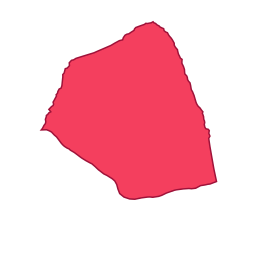 Alto Paraíso, Paraná, Brazil, rotated 244°
{"feature_id": "56859067B45713063177583", "entity_name": "Alto Paraíso", "entity_type": "district", "adm_level": 2, "iso_a3": "BRA", "parent_name": "Brazil", "parent_adm1": "Paraná", "projection": "orthographic", "projection_center": [-53.797, -23.516], "detail": "fine", "context": "isolated", "style": "filled", "palette": "rose", "viewbox_px": 256, "rotation_deg": 244, "n_neighbors": 0, "source": "geoboundaries", "source_scale": "gbopen_adm2", "svg_char_len": 2239}
<svg xmlns="http://www.w3.org/2000/svg" viewBox="0 0 256 256"><g transform="rotate(244 128 128)"><path d="M170.2,205.8L171.9,205.7L173.7,206.0L175.5,206.4L176.8,206.8L178.5,206.3L180.6,205.9L182.2,205.9L184.0,206.7L186.1,206.6L187.8,206.5L189.9,206.2L191.7,205.7L193.4,205.3L196.4,205.2L197.7,204.0L199.6,203.1L201.7,203.6L202.8,202.6L204.7,201.1L206.1,200.7L207.8,199.4L209.9,198.6L211.2,197.4L212.5,197.1L212.4,194.9L213.0,192.8L213.4,191.3L214.3,189.8L213.9,188.3L214.5,183.3L214.9,179.0L214.2,177.3L213.1,176.2L212.7,172.6L212.3,170.0L212.8,168.2L212.7,166.0L211.3,163.5L209.6,161.8L210.3,158.5L210.1,153.7L209.7,148.9L210.2,137.8L210.4,134.0L210.5,130.4L212.3,119.0L213.4,111.7L213.1,109.0L213.6,106.9L212.4,103.8L209.7,102.7L208.5,99.7L208.8,97.6L205.4,94.7L204.6,92.8L202.4,91.8L200.9,90.8L199.1,89.7L196.7,88.2L195.1,87.2L193.2,85.4L193.2,83.2L191.6,81.0L190.1,79.8L189.4,78.0L188.1,77.7L186.6,75.6L185.2,73.7L184.1,72.0L182.1,71.6L181.0,70.5L180.8,68.7L179.4,65.0L177.9,65.4L176.4,65.7L176.3,63.5L175.4,61.8L175.1,60.2L173.7,59.3L172.1,57.6L169.6,56.8L168.2,55.7L167.2,53.7L165.1,50.9L164.3,49.2L162.1,54.1L160.0,56.0L157.9,57.5L154.0,58.7L151.3,59.9L143.4,61.4L141.1,62.1L139.4,62.8L136.6,64.5L135.1,65.8L133.3,66.5L129.7,68.9L122.5,72.6L121.2,73.3L117.2,75.8L113.0,78.8L111.6,79.9L109.9,80.6L108.3,81.3L103.5,83.1L97.4,86.1L94.6,88.3L89.3,91.6L86.2,92.9L82.1,93.1L77.5,92.2L72.7,91.8L67.7,94.1L63.5,98.4L61.0,102.9L59.3,109.5L57.4,115.2L56.5,117.3L54.9,119.9L53.1,125.6L52.7,128.8L52.7,134.1L51.7,142.4L51.2,144.5L49.0,151.1L46.9,156.3L45.6,158.4L44.2,162.4L44.4,168.0L43.1,172.2L42.4,175.2L41.7,177.2L41.1,184.1L45.1,185.1L53.5,187.2L75.4,193.5L81.1,195.3L83.3,196.0L84.8,198.1L87.8,198.3L90.0,199.9L91.6,199.6L93.1,197.7L94.9,197.4L97.7,198.1L99.2,199.3L100.8,199.8L102.6,199.9L105.1,200.9L107.3,201.2L108.7,201.3L109.7,202.4L111.7,201.9L114.5,201.5L116.7,200.6L119.1,200.3L121.3,200.4L123.6,200.8L126.0,201.2L128.2,201.6L129.8,201.7L132.4,201.9L134.4,201.7L135.8,202.0L139.1,203.0L141.5,203.5L143.5,202.9L145.5,202.8L147.5,203.5L149.1,203.6L151.8,202.8L153.7,203.5L155.9,204.4L159.0,204.8L160.7,204.8L162.5,204.8L164.3,205.7L166.0,206.7L167.8,205.7L170.2,205.8Z" fill="#f43f5e" stroke="#9f1239" stroke-width="1.5"/></g></svg>